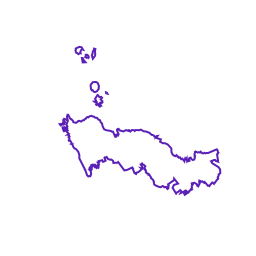 Lampung Selatan, Lampung, Indonesia, rotated 145°
{"feature_id": "22746128B4401734887211", "entity_name": "Lampung Selatan", "entity_type": "district", "adm_level": 2, "iso_a3": "IDN", "parent_name": "Indonesia", "parent_adm1": "Lampung", "projection": "robinson", "projection_center": [105.521, -5.67], "detail": "fine", "context": "isolated", "style": "outline", "palette": "violet", "viewbox_px": 256, "rotation_deg": 145, "n_neighbors": 0, "source": "geoboundaries", "source_scale": "gbopen_adm2", "svg_char_len": 5932}
<svg xmlns="http://www.w3.org/2000/svg" viewBox="0 0 256 256"><g transform="rotate(145 128 128)"><path d="M107.6,99.8L110.4,103.4L111.2,105.2L111.3,107.4L112.6,108.9L113.2,111.7L114.9,114.4L117.1,116.4L118.4,119.3L119.8,119.6L122.9,121.9L124.2,121.7L124.4,122.8L126.0,124.1L128.2,123.8L128.3,125.6L128.9,125.9L129.4,125.5L131.0,127.5L133.7,127.8L136.1,130.7L136.2,132.5L136.8,132.4L137.1,133.1L137.9,133.0L138.4,132.4L139.2,128.3L140.5,127.6L141.0,129.1L141.6,129.3L142.6,127.7L143.5,128.1L142.4,133.6L143.2,134.0L143.6,135.2L147.3,138.9L148.3,140.8L147.7,144.3L146.7,146.5L147.0,148.4L146.5,150.6L147.5,152.0L147.5,154.0L149.1,155.4L149.2,156.6L150.6,158.0L150.8,158.8L152.5,159.6L154.5,159.5L154.7,160.1L156.0,160.4L157.2,159.8L158.5,160.1L159.5,159.6L160.8,160.3L162.8,160.2L163.6,161.6L164.7,162.3L165.8,161.9L167.7,162.1L169.4,164.1L169.0,165.3L169.3,167.7L169.9,168.1L169.9,169.5L169.4,173.1L169.9,173.5L170.5,172.6L171.1,172.7L171.6,172.2L173.1,168.4L176.1,166.4L176.6,165.7L176.7,164.5L177.2,164.2L177.0,163.8L177.9,163.2L177.8,162.7L179.0,161.1L178.9,160.5L179.6,160.5L180.3,159.7L179.9,158.0L180.2,157.1L180.9,157.1L180.2,156.7L181.0,156.3L181.2,155.2L180.7,155.0L180.8,154.5L182.0,154.4L181.9,153.4L182.5,152.2L183.6,152.0L183.6,151.4L183.0,151.5L182.7,150.7L182.6,148.8L183.0,147.5L183.5,147.5L183.0,146.9L183.4,146.9L183.1,146.0L183.7,143.6L183.6,142.2L182.6,140.3L182.4,136.9L183.4,133.7L185.3,131.0L187.0,119.0L187.3,118.6L187.1,118.2L188.6,112.8L188.3,111.1L187.0,110.7L186.5,110.1L184.6,111.4L183.3,113.8L183.5,115.4L182.5,114.6L182.0,114.7L182.6,117.2L182.2,117.4L181.2,116.4L181.2,117.7L180.3,117.8L179.4,118.7L178.9,118.5L179.6,117.7L179.5,117.1L178.1,118.3L177.0,117.6L177.8,115.9L177.7,115.3L176.6,116.3L176.0,116.3L176.5,115.1L176.6,113.2L176.0,113.2L176.0,114.5L175.6,114.6L175.5,113.0L175.1,112.4L174.7,112.7L174.8,113.8L173.8,115.0L173.4,114.9L173.7,113.9L172.6,114.8L172.6,117.2L172.0,117.0L171.4,117.6L171.0,117.0L170.7,117.6L167.6,116.4L168.0,114.8L167.4,114.4L165.1,114.1L164.5,117.0L163.7,117.2L163.2,116.5L162.1,116.5L162.2,114.3L160.9,112.3L159.7,111.7L159.1,109.7L160.0,107.7L158.5,107.0L157.4,106.0L156.3,105.6L155.6,105.8L155.3,95.3L152.4,94.1L147.1,93.2L147.2,91.8L147.5,91.8L148.5,87.5L147.6,86.9L148.1,86.3L147.8,85.7L146.4,86.5L144.9,85.9L140.2,86.4L140.4,87.6L139.7,86.8L138.6,88.4L138.5,90.9L136.8,90.9L136.8,89.5L136.1,88.5L135.8,86.7L137.9,86.1L138.1,85.0L137.6,84.8L138.0,84.0L137.6,83.6L138.4,81.5L138.7,81.5L138.6,79.9L137.8,79.3L137.6,78.6L138.0,78.0L137.3,77.8L137.5,74.3L137.9,73.7L137.3,71.8L137.4,69.4L137.8,69.2L138.9,66.8L138.4,65.2L136.6,62.3L135.3,60.8L132.9,60.6L132.3,59.6L132.3,58.7L130.7,57.9L130.7,55.4L129.6,55.4L128.5,56.8L128.6,57.3L127.7,57.5L127.5,58.9L120.2,58.9L119.3,60.0L118.9,53.8L123.1,55.0L125.8,53.4L126.2,46.7L124.7,47.2L123.6,46.9L121.2,47.2L120.7,47.0L120.7,45.2L122.2,44.5L118.4,43.8L117.0,43.9L116.3,43.4L116.2,41.9L119.7,42.0L119.8,40.7L117.2,40.7L117.0,41.0L115.9,40.5L115.2,40.9L114.5,40.7L113.9,41.3L111.1,41.0L111.4,41.9L109.9,42.2L109.2,43.8L107.5,44.5L107.9,45.2L107.5,46.1L105.0,45.1L103.8,42.3L104.4,41.2L104.0,39.9L100.9,41.6L101.0,42.5L99.8,44.0L99.1,43.1L98.9,42.0L97.7,41.6L97.5,40.3L96.3,40.0L96.7,39.1L96.2,39.0L95.9,38.2L95.7,34.9L94.9,34.6L94.7,33.8L90.3,35.1L89.9,34.7L89.6,32.9L84.5,34.6L83.2,34.7L82.8,36.2L81.0,37.0L80.4,38.0L78.4,38.0L76.3,41.2L76.3,44.0L79.2,50.9L79.2,51.8L78.7,52.1L78.9,53.1L76.0,52.5L74.9,51.7L75.0,50.6L73.9,49.2L73.9,49.6L73.0,49.6L70.1,55.4L69.1,55.4L68.4,55.8L68.6,56.0L67.4,58.3L67.5,59.6L76.8,61.6L77.8,62.4L79.1,62.8L79.5,63.8L80.9,64.0L81.7,64.9L82.1,66.9L83.1,66.6L83.9,67.6L85.0,67.9L86.1,70.0L86.9,70.0L87.2,69.3L88.2,68.8L89.1,67.5L89.0,66.8L89.8,66.5L90.0,65.6L91.8,64.2L93.3,64.6L94.0,66.7L93.6,67.7L94.1,68.0L95.4,68.1L96.2,67.1L96.4,65.9L97.3,66.0L97.8,66.8L98.7,66.7L97.4,69.2L98.2,68.7L98.4,70.4L100.6,68.6L100.5,69.1L101.0,69.2L101.0,71.7L102.3,71.9L102.3,74.2L103.3,74.4L103.3,75.8L103.9,76.0L103.8,77.9L105.6,77.9L106.7,80.3L106.2,83.4L104.2,86.4L104.9,91.7L106.5,94.4L108.1,95.4L109.6,98.4L107.6,99.8ZM134.4,176.3L132.4,175.9L129.5,176.9L129.0,177.8L127.8,178.8L127.0,182.3L127.8,184.1L130.8,185.8L131.8,185.2L133.5,185.0L134.4,184.0L136.0,181.0L136.0,179.6L135.7,179.5L135.8,180.4L135.2,178.9L135.3,177.5L134.4,176.3ZM137.9,162.2L137.3,161.8L137.2,163.6L136.6,163.9L136.4,164.6L135.7,164.5L135.1,163.5L134.2,163.7L133.6,164.7L134.0,167.1L131.9,167.6L132.1,168.9L133.7,169.7L133.7,171.8L134.0,172.5L138.2,170.8L138.5,168.7L139.1,167.5L138.7,167.0L140.7,165.6L140.4,164.7L138.2,164.5L138.3,163.6L139.0,163.1L139.1,162.3L138.8,161.7L137.9,162.2ZM124.7,217.0L124.0,216.3L122.9,218.1L121.4,218.8L120.4,218.7L119.9,218.0L119.7,220.6L121.2,222.3L124.7,223.1L125.4,222.9L125.6,222.2L126.5,221.7L127.3,219.4L126.7,218.7L126.2,216.9L124.7,217.0ZM110.2,212.5L111.5,211.4L113.4,210.5L114.1,209.4L115.9,208.3L117.1,204.9L113.9,205.9L112.5,207.2L111.1,209.8L109.4,211.4L110.2,212.5ZM120.6,212.2L121.3,211.2L122.4,210.6L121.5,209.1L120.6,208.9L120.2,208.1L119.4,208.7L119.1,210.2L119.7,211.7L120.6,212.2ZM181.4,162.5L181.5,161.8L181.2,161.7L179.4,163.7L179.2,164.6L179.8,165.4L180.7,165.3L181.3,166.0L181.5,165.7L181.2,165.2L182.0,164.2L182.4,162.2L181.9,161.9L181.4,162.5ZM125.1,206.2L125.4,209.4L125.0,211.3L125.6,211.8L127.5,207.7L125.1,206.2ZM178.3,168.8L177.7,168.0L177.4,168.5L176.4,168.8L175.6,171.2L174.8,171.7L175.1,172.2L176.4,171.8L177.4,169.9L178.2,169.7L178.3,168.8ZM181.7,168.8L180.1,168.8L179.6,169.1L181.7,170.3L181.7,168.8ZM125.6,169.8L126.0,169.0L125.2,168.0L125.1,169.1L125.6,169.8ZM178.9,168.7L179.1,167.9L178.4,167.7L178.4,168.6L178.9,168.7ZM140.4,169.0L140.1,168.2L139.8,167.9L139.8,168.7L140.4,169.0ZM173.5,170.2L173.6,169.7L173.2,169.3L173.1,169.7L173.5,170.2ZM109.9,104.5L109.4,104.2L109.1,104.3L109.9,104.5ZM110.1,105.0L110.4,104.7L109.8,104.8L110.1,105.0ZM109.0,104.5L108.6,104.5L108.4,104.6L108.7,104.8L109.0,104.5Z" fill="none" stroke="#5b21b6" stroke-width="2"/></g></svg>